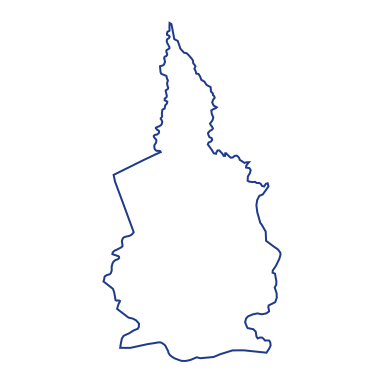 Kaga-Bandoro, Nana-Grébizi, Central African Republic
{"feature_id": "33826404B9567885504809", "entity_name": "Kaga-Bandoro", "entity_type": "district", "adm_level": 2, "iso_a3": "CAF", "parent_name": "Central African Republic", "parent_adm1": "Nana-Grébizi", "projection": "albers", "projection_center": [19.16, 7.502], "detail": "fine", "context": "isolated", "style": "outline", "palette": "blue", "viewbox_px": 384, "rotation_deg": 0, "n_neighbors": 0, "source": "geoboundaries", "source_scale": "gbopen_adm2", "svg_char_len": 4786}
<svg xmlns="http://www.w3.org/2000/svg" viewBox="0 0 384 384"><path d="M169.6,23.0L169.4,27.8L169.6,29.5L169.4,30.9L167.5,31.7L167.2,32.6L167.0,33.2L167.0,34.2L167.0,34.8L168.1,35.3L168.6,35.4L169.3,36.1L169.6,36.5L169.4,37.5L168.7,38.3L167.4,39.1L167.0,39.6L166.7,41.1L166.9,41.9L167.4,43.3L167.9,44.2L168.9,46.1L169.4,47.0L169.4,48.4L168.6,48.9L167.6,49.6L166.7,50.0L166.4,50.6L166.3,51.9L166.7,52.8L167.1,53.8L167.2,54.9L166.2,56.2L165.3,56.4L164.6,56.8L164.1,58.2L164.5,59.4L164.8,60.4L165.0,61.9L164.8,62.5L164.0,64.3L163.7,64.9L162.7,65.5L160.7,66.0L160.0,66.2L160.2,68.6L160.4,70.2L160.5,71.8L160.9,73.1L161.3,73.8L162.8,74.5L163.4,74.7L164.6,75.2L165.6,75.6L166.3,75.8L167.0,78.4L167.3,79.5L167.9,80.2L167.6,81.6L167.2,82.5L167.1,83.8L167.7,86.7L168.2,87.4L168.1,88.5L167.7,89.1L167.0,89.6L165.8,90.2L165.7,90.5L165.8,91.7L166.8,95.6L166.7,96.8L166.1,97.6L165.3,98.1L164.6,98.9L164.7,100.3L166.0,100.9L167.3,101.6L167.0,103.3L166.7,103.8L166.0,104.5L165.4,105.1L165.1,105.9L164.9,107.0L164.6,108.6L164.2,108.7L162.7,109.5L162.4,109.7L162.0,112.2L161.9,113.1L161.9,114.9L162.2,115.9L162.0,116.8L160.7,118.3L160.8,119.1L161.2,119.6L161.6,120.0L162.0,121.1L162.2,121.6L162.1,122.9L161.7,124.1L161.2,124.9L160.4,125.5L159.5,126.2L158.9,126.4L157.4,126.9L156.4,127.4L155.8,127.9L155.9,128.4L157.1,129.6L157.3,129.9L158.4,130.4L159.0,131.1L159.1,131.9L158.7,133.2L157.2,134.5L154.9,134.9L154.2,135.5L153.7,136.1L154.0,137.1L154.7,138.0L156.2,139.7L156.4,140.5L156.1,142.4L155.9,142.9L155.4,143.7L154.7,144.6L154.3,145.4L154.3,146.7L154.6,148.7L155.0,149.5L156.5,150.8L158.3,150.9L159.4,150.9L160.1,151.1L160.7,152.1L160.1,152.3L158.9,152.9L157.8,153.4L155.5,154.4L154.7,154.8L143.7,160.0L113.6,174.9L115.0,181.5L122.1,200.6L133.7,232.2L132.0,234.4L130.6,235.3L129.4,235.8L127.7,236.3L126.3,236.5L124.2,237.2L123.4,237.8L122.8,238.4L122.0,240.6L121.9,241.9L122.2,243.1L122.3,244.1L122.5,245.0L122.5,246.1L121.7,247.1L120.4,247.8L118.9,248.6L116.8,249.7L114.5,250.7L112.7,252.4L112.4,254.2L116.5,255.5L117.9,256.1L118.5,256.2L118.9,256.6L119.1,257.4L119.1,258.0L118.5,258.7L117.6,259.4L116.5,259.7L115.3,260.1L114.7,260.7L113.6,261.5L113.2,262.2L112.4,263.7L112.1,265.2L111.6,266.9L111.7,267.5L111.7,268.6L111.7,270.5L111.3,271.8L110.7,273.3L109.7,274.3L107.0,275.0L106.5,275.3L105.1,276.1L104.4,277.2L104.3,278.8L103.9,280.1L103.5,281.5L104.6,282.3L113.0,288.9L114.2,292.5L115.6,300.2L116.4,300.6L117.7,300.5L119.4,300.6L120.0,301.0L119.7,301.9L118.8,303.5L117.8,306.3L117.1,308.9L128.5,317.6L132.8,318.6L135.9,320.2L137.4,321.8L139.0,323.6L138.9,325.1L138.8,327.1L137.7,328.8L133.5,330.5L129.0,333.4L125.3,335.0L123.6,335.9L121.9,338.5L120.9,343.2L120.2,347.8L130.2,347.9L147.7,344.1L154.4,343.1L158.3,342.4L160.4,342.4L161.8,342.9L164.0,344.4L165.3,345.6L168.1,351.1L168.5,352.9L169.9,355.1L172.2,356.9L174.5,358.3L176.8,359.2L181.2,360.8L184.2,361.0L186.7,360.8L190.6,359.9L196.7,357.3L200.4,358.2L213.5,357.0L220.5,354.1L232.6,350.4L243.7,350.3L266.5,352.7L269.4,348.2L270.6,345.5L270.3,342.5L269.3,340.6L266.6,340.4L265.1,340.6L263.5,338.8L262.1,337.6L260.1,337.5L257.7,338.4L256.5,336.6L255.7,331.6L253.3,329.2L247.7,328.1L246.8,326.6L245.1,322.2L246.1,318.5L248.1,316.3L253.0,314.3L257.5,313.4L261.9,314.3L266.3,313.4L269.1,311.4L268.9,309.9L268.3,307.2L268.7,305.4L275.2,302.2L276.8,297.7L276.6,293.3L275.5,289.8L274.7,287.5L276.2,284.8L276.4,281.6L275.0,273.7L272.6,272.7L272.8,270.4L274.6,267.8L276.0,265.7L279.3,258.9L280.5,254.7L280.3,252.6L277.9,249.4L273.4,246.3L266.1,240.8L265.7,231.6L261.6,224.5L260.3,222.9L257.3,212.3L256.4,205.3L257.2,200.0L259.4,195.8L262.8,194.4L268.5,186.4L267.7,183.3L266.0,183.7L264.1,186.5L262.0,185.9L260.7,183.8L259.2,183.0L257.8,183.0L256.4,182.9L255.1,181.8L253.0,182.1L249.1,181.6L247.6,180.7L247.9,176.4L249.9,173.1L250.7,170.2L249.5,168.2L246.0,167.5L246.4,165.4L248.1,163.2L249.0,162.2L246.5,162.3L244.4,162.9L242.4,161.5L239.7,159.8L239.2,158.1L238.2,156.8L236.9,155.7L234.7,155.8L232.9,157.4L230.7,157.7L228.8,156.0L226.0,153.2L225.2,153.3L225.0,155.9L223.6,155.9L222.7,154.1L219.3,150.4L217.5,150.5L216.4,152.4L216.0,153.8L213.8,153.3L211.5,149.5L207.8,144.4L208.6,142.5L211.0,141.5L212.2,139.9L211.6,138.1L209.5,137.2L208.3,134.7L208.0,133.0L210.0,130.8L212.3,129.5L212.9,128.4L212.0,126.6L210.9,125.4L210.0,123.6L212.5,120.3L213.3,117.4L211.8,114.0L211.3,110.4L213.5,109.1L215.9,108.1L216.8,107.3L214.0,105.8L213.1,104.6L212.2,102.4L213.1,99.7L214.7,97.8L214.2,96.2L212.9,95.0L212.9,93.5L211.0,91.6L210.6,87.1L206.5,84.9L204.5,81.7L201.3,79.8L200.1,76.5L198.5,74.0L196.3,73.6L195.9,72.0L195.2,70.1L194.4,68.8L195.1,67.1L195.5,66.2L194.5,64.8L193.3,63.4L192.9,60.4L191.4,58.3L189.0,55.5L186.6,53.2L184.0,52.7L180.4,48.7L177.8,41.0L174.3,39.1L172.5,29.6L171.4,24.1L169.6,23.0Z" fill="none" stroke="#1e3a8a" stroke-width="2"/></svg>